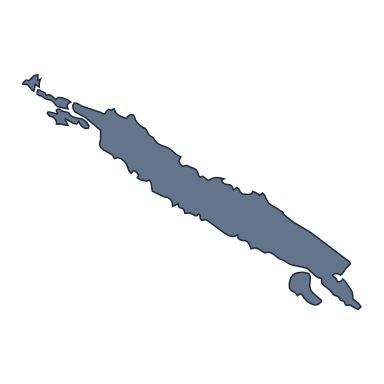 the Province of Isabel
{"feature_id": "SLB-1264", "entity_name": "Isabel", "entity_type": "Province", "adm_level": 1, "iso_a3": "SLB", "parent_name": "Solomon Islands", "parent_adm1": "", "projection": "orthographic", "projection_center": [158.985, -7.976], "detail": "fine", "context": "isolated", "style": "filled", "palette": "slate", "viewbox_px": 384, "rotation_deg": 0, "n_neighbors": 0, "source": "natural_earth", "source_scale": "10m", "svg_char_len": 3920}
<svg xmlns="http://www.w3.org/2000/svg" viewBox="0 0 384 384"><path d="M352.9,299.0L358.7,303.5L361.0,306.9L358.3,309.3L356.6,308.9L350.3,305.2L349.3,305.0L347.0,305.3L346.1,305.2L345.1,304.1L344.6,302.7L344.0,301.5L340.6,300.2L338.3,296.5L334.2,295.2L332.8,293.8L330.0,290.2L323.8,285.3L321.9,283.2L321.5,281.3L321.9,279.5L321.4,278.3L318.5,277.8L316.2,276.4L307.0,268.2L290.5,264.6L283.5,260.3L278.5,258.3L274.1,254.6L270.9,252.8L267.5,252.1L264.9,253.0L258.2,248.9L254.6,247.8L251.2,248.9L249.2,244.3L247.4,241.8L245.2,240.7L242.4,240.4L239.8,239.6L238.0,237.9L237.7,235.2L233.4,236.6L229.2,235.8L225.1,233.6L206.6,220.0L205.4,219.8L202.3,220.3L201.1,220.0L200.3,218.8L200.1,217.0L200.1,215.3L199.9,214.5L198.3,214.2L197.5,214.9L196.8,215.8L195.7,215.9L190.3,213.2L189.0,213.0L186.1,213.4L184.8,213.2L184.8,212.6L183.9,209.9L183.5,209.1L181.3,208.1L179.6,207.6L178.5,206.5L178.1,203.5L176.8,204.5L172.6,206.4L172.2,202.4L170.4,199.3L167.6,197.4L163.8,196.7L152.3,191.2L151.2,183.6L149.6,180.1L146.2,181.1L140.1,179.6L137.2,177.7L138.7,174.9L136.6,172.4L134.6,170.8L133.2,170.8L131.1,173.5L129.1,171.0L126.3,163.8L124.1,161.1L121.1,158.8L117.7,157.6L114.3,158.5L112.3,154.9L103.7,150.1L100.6,147.4L99.6,144.7L99.7,142.6L100.2,140.7L100.6,138.6L100.6,130.3L85.1,117.3L74.8,111.8L73.1,108.7L72.8,105.3L74.2,103.0L77.5,103.5L81.6,106.0L101.1,112.6L102.7,113.7L104.7,113.8L106.4,111.4L108.5,109.4L111.4,110.4L112.1,109.7L112.7,109.3L113.3,109.0L114.2,108.8L115.7,112.7L118.6,115.3L126.3,118.6L127.1,117.4L128.4,116.0L129.9,114.9L131.1,114.4L133.6,115.2L134.7,117.3L135.3,119.7L136.6,122.0L140.4,125.7L142.8,127.4L144.8,128.2L146.1,129.5L149.2,135.3L152.8,137.4L155.8,141.5L157.5,143.3L160.0,144.8L167.1,147.4L170.7,149.5L176.7,154.7L180.8,157.0L178.8,160.9L180.3,164.5L183.4,166.3L186.2,165.3L194.1,168.5L196.4,170.1L197.8,172.6L198.6,175.5L199.8,177.3L202.6,176.2L208.0,180.4L212.5,178.3L216.1,177.5L219.8,177.8L224.1,178.9L221.6,180.1L222.2,181.9L224.3,183.6L226.2,184.4L229.5,184.7L231.4,185.7L232.5,187.4L233.5,189.9L236.9,187.4L238.9,189.1L240.5,192.3L242.5,194.0L249.0,194.5L251.6,193.8L252.7,191.3L256.4,193.0L257.9,193.9L259.5,195.4L262.6,193.1L264.7,195.3L266.4,199.4L268.4,202.9L271.6,205.4L277.2,208.5L279.8,210.5L280.3,210.8L282.6,211.8L283.0,212.4L283.5,214.0L283.8,214.5L293.0,221.9L311.3,232.9L349.5,261.9L350.4,263.8L346.1,268.2L342.0,274.0L340.5,275.1L338.8,274.1L336.5,273.5L334.3,273.8L332.6,275.1L332.8,276.2L335.9,278.4L337.5,281.8L339.4,281.8L341.2,280.9L342.9,279.1L344.7,280.7L350.6,289.1L352.2,292.1L352.7,294.9L352.9,299.0ZM319.1,298.3L321.4,300.4L321.2,301.7L319.1,303.7L317.3,304.7L315.4,305.0L313.4,304.6L311.0,303.7L308.7,302.5L307.1,301.2L304.2,298.2L301.8,294.4L300.2,293.7L297.5,295.6L294.7,292.5L291.6,290.8L289.5,288.4L289.3,283.2L290.7,277.9L293.3,274.5L297.3,272.7L302.9,272.2L308.7,273.5L310.3,276.7L309.7,286.1L310.9,290.4L313.1,293.2L319.1,298.3ZM81.0,118.6L83.8,119.9L87.0,122.8L89.0,126.0L88.4,128.2L85.3,128.5L82.3,126.8L80.0,124.0L78.8,121.4L76.7,124.1L72.9,123.2L65.3,118.7L65.6,120.6L68.1,125.4L66.1,125.3L61.2,124.1L56.4,124.1L56.7,122.9L55.8,120.0L53.5,117.2L49.6,116.0L48.9,115.3L47.8,113.9L47.4,112.5L48.2,111.9L50.1,112.1L53.3,113.0L54.4,113.1L54.8,113.5L56.4,113.9L57.6,113.3L56.4,111.2L56.4,110.0L57.7,109.2L59.7,109.1L61.2,110.5L63.5,111.5L68.4,112.5L70.7,115.6L74.0,117.2L77.9,118.3L81.0,118.6ZM57.0,106.3L55.4,104.6L53.7,102.3L51.5,100.3L45.6,98.8L41.4,96.0L38.7,95.4L37.2,94.3L37.0,92.0L37.8,90.0L39.4,89.9L41.3,91.2L43.3,92.0L45.1,93.1L46.3,95.4L48.9,94.6L51.2,95.5L55.7,99.4L58.2,97.4L62.5,97.8L67.2,99.6L70.8,102.1L68.8,103.2L67.5,104.5L67.2,106.4L68.1,108.9L59.2,107.1L57.0,106.3ZM40.7,79.0L39.9,80.8L39.4,82.8L39.2,84.9L39.3,87.1L36.3,85.3L35.3,84.3L33.9,91.3L31.2,89.3L29.4,86.6L27.2,84.5L23.0,84.3L23.0,83.1L25.7,80.2L27.1,80.2L29.0,80.6L34.1,75.6L37.9,74.7L37.9,80.2L38.7,79.9L40.0,79.4L40.7,79.0Z" fill="#64748b" stroke="#1e293b" stroke-width="1.5"/></svg>